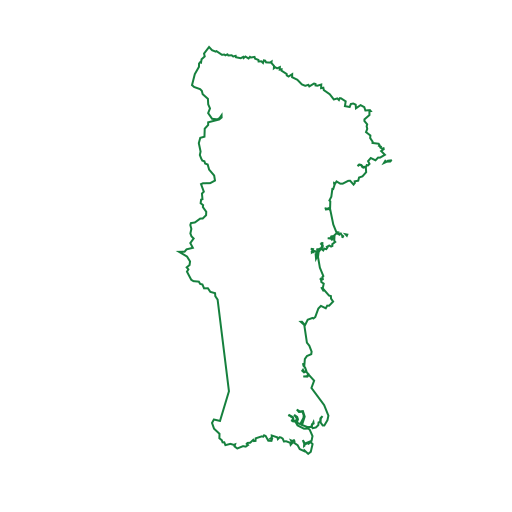 outline of Mariato, Veraguas, Panama, rotated 207°
{"feature_id": "35544464B44926155348372", "entity_name": "Mariato", "entity_type": "district", "adm_level": 2, "iso_a3": "PAN", "parent_name": "Panama", "parent_adm1": "Veraguas", "projection": "mercator", "projection_center": [-80.871, 7.491], "detail": "fine", "context": "isolated", "style": "outline", "palette": "green", "viewbox_px": 512, "rotation_deg": 207, "n_neighbors": 0, "source": "geoboundaries", "source_scale": "gbopen_adm2", "svg_char_len": 6139}
<svg xmlns="http://www.w3.org/2000/svg" viewBox="0 0 512 512"><g transform="rotate(207 256 256)"><path d="M197.4,73.6L193.5,77.0L190.1,77.6L189.1,78.7L188.7,76.6L185.3,76.0L181.2,80.7L178.6,81.5L177.3,83.9L179.0,84.4L178.7,85.6L176.4,87.0L175.0,90.9L173.9,90.1L172.5,91.0L173.5,93.4L169.0,97.9L167.5,98.3L167.4,99.9L165.7,100.0L161.2,97.0L158.3,98.3L158.7,100.4L160.2,99.9L159.5,101.4L160.5,103.2L154.6,104.1L153.4,102.8L152.6,105.3L151.3,105.6L149.3,105.4L146.9,103.4L145.1,104.6L140.7,105.1L139.4,103.5L138.8,105.8L141.1,107.6L137.8,107.8L139.3,109.6L137.6,108.4L137.0,106.8L133.0,106.3L129.4,103.8L124.4,104.0L124.6,104.8L119.7,103.4L118.3,106.4L120.2,114.1L123.0,115.0L124.2,111.8L124.3,113.3L127.1,110.3L126.7,108.9L126.9,108.5L127.4,109.7L126.8,110.9L128.2,111.0L130.7,113.2L127.3,111.1L122.6,116.5L123.9,121.2L129.3,125.6L131.0,126.0L134.9,123.9L142.1,123.9L145.7,126.3L148.2,125.4L150.1,125.7L148.7,126.1L148.6,127.1L150.2,128.9L151.5,128.6L153.0,129.1L153.9,128.8L154.9,129.4L150.0,129.2L148.5,127.5L148.0,125.9L145.6,127.2L145.7,129.8L149.9,131.8L146.3,131.3L144.5,129.6L144.0,126.1L140.3,126.3L140.2,133.3L141.1,135.6L143.9,138.4L146.9,136.5L149.9,137.7L146.4,137.4L143.8,139.1L139.7,135.0L138.3,126.3L132.4,127.0L129.2,128.7L129.7,131.7L128.9,132.9L129.4,133.7L129.4,133.8L129.4,134.0L128.6,132.9L129.5,131.5L128.8,129.3L127.3,128.3L124.8,130.4L123.7,133.6L124.7,136.1L123.6,137.4L124.9,140.6L124.1,143.5L124.5,140.5L122.9,137.0L119.6,135.3L118.2,136.0L117.8,142.1L119.0,146.6L127.6,154.1L146.7,163.6L147.6,171.3L155.0,174.1L155.4,171.9L159.2,170.1L156.1,171.9L155.7,174.6L159.0,175.7L160.4,174.1L162.4,174.7L162.8,173.9L162.5,175.9L160.7,174.5L159.3,176.1L158.2,175.7L161.6,178.9L163.8,179.7L165.5,181.8L163.0,179.8L165.7,186.4L165.2,190.0L162.2,193.6L163.0,196.0L167.8,200.3L171.3,201.9L181.7,216.5L186.2,217.7L185.2,218.3L181.8,217.0L180.9,215.8L181.0,222.7L177.6,226.4L176.5,226.4L175.5,228.5L176.6,237.5L175.5,241.0L170.1,241.1L170.0,244.1L168.3,244.9L166.6,250.4L169.8,252.1L171.1,254.3L173.0,253.9L181.4,257.3L179.8,256.1L180.3,255.7L182.9,257.3L182.1,258.3L183.1,262.1L186.0,262.5L187.7,265.0L188.3,263.9L187.9,265.2L186.5,264.8L185.9,265.6L187.3,267.5L186.9,268.7L193.8,274.6L200.3,283.3L202.0,287.9L201.5,291.7L203.1,288.9L202.0,285.6L203.3,284.8L202.2,284.0L202.3,282.9L201.3,281.9L201.3,280.9L203.6,284.6L202.7,287.3L206.3,286.5L206.8,285.2L207.9,284.6L208.3,285.0L208.3,287.7L210.5,287.3L208.3,288.0L207.6,284.9L206.4,286.9L203.6,287.5L203.2,289.8L203.8,289.5L204.4,289.5L204.8,290.5L203.8,289.6L201.4,292.9L201.8,295.6L203.5,296.3L203.0,297.6L201.8,297.8L203.0,297.2L201.0,295.3L200.7,291.9L198.6,291.5L198.6,293.6L196.5,294.0L196.2,296.0L197.0,296.4L195.5,298.6L193.4,298.5L192.5,299.6L193.4,301.2L191.8,304.5L193.2,305.1L195.1,309.3L197.0,307.3L195.5,306.1L195.8,305.0L197.2,305.5L200.2,304.4L197.8,305.5L197.8,307.7L195.9,309.0L194.1,314.2L195.3,313.8L201.4,319.1L211.3,331.5L211.6,330.9L212.6,331.4L212.7,330.7L214.8,329.2L216.3,330.7L215.0,329.5L212.9,331.6L211.5,331.8L214.6,338.4L215.8,338.8L215.8,343.0L218.4,350.4L217.6,350.7L218.4,355.7L219.2,355.8L219.6,356.6L218.3,356.7L218.1,359.0L213.8,358.7L211.6,359.8L208.0,364.8L206.3,365.8L201.5,363.9L201.1,365.9L202.0,367.3L199.1,369.5L199.8,372.7L197.3,375.3L195.9,380.7L198.6,385.2L200.5,383.4L202.2,383.7L203.1,384.7L205.3,384.2L206.2,382.2L205.9,384.0L205.4,384.5L203.5,384.9L201.1,383.9L198.4,385.6L198.6,387.3L197.3,387.6L196.7,389.6L199.2,391.4L198.2,395.4L193.0,395.5L191.9,399.1L190.1,400.0L187.1,404.7L192.1,406.3L190.7,409.2L191.3,409.9L192.3,408.9L194.4,409.1L194.4,410.1L196.4,410.0L196.3,410.9L197.7,411.7L203.5,409.6L204.0,410.8L207.8,412.9L208.8,415.3L214.2,416.3L214.6,419.8L216.3,421.8L216.7,423.8L220.7,425.5L221.4,427.0L218.9,433.1L220.7,436.5L219.6,437.2L220.7,437.7L224.6,435.3L227.1,437.8L231.3,437.9L234.0,433.0L235.9,436.1L238.6,436.0L240.5,434.5L240.2,431.3L244.8,429.9L246.3,434.5L252.0,435.1L253.0,434.6L252.9,432.6L255.1,433.3L257.7,430.8L263.7,433.6L270.9,434.6L272.4,436.5L274.2,435.1L275.7,438.4L278.6,435.6L280.4,435.0L281.1,436.3L282.6,436.0L285.5,431.3L287.0,432.3L289.4,430.0L293.0,429.7L299.2,431.8L305.0,431.7L306.3,434.4L308.5,430.7L310.6,430.9L311.3,432.1L317.4,432.7L318.0,434.0L319.5,432.8L320.5,435.1L322.4,432.8L325.7,433.0L325.0,432.0L325.3,431.4L326.2,433.5L329.9,435.0L330.4,436.3L331.3,434.7L334.9,433.1L336.5,434.2L337.8,433.9L337.4,431.2L339.6,431.9L342.0,430.5L342.9,431.8L346.4,431.4L347.7,432.7L350.7,430.5L351.8,430.7L352.3,428.6L356.0,428.9L356.9,426.8L357.8,427.6L359.4,425.3L364.1,424.0L365.0,425.1L366.9,423.4L368.8,423.8L371.7,422.1L373.0,422.7L374.4,420.9L375.7,421.1L377.7,419.8L384.2,420.6L384.7,419.8L388.6,419.4L392.7,420.9L394.2,412.8L392.3,410.5L393.8,406.6L392.8,403.4L393.7,403.4L394.1,401.6L392.7,398.6L393.1,390.3L390.6,379.2L387.9,378.5L381.5,379.3L379.2,378.5L377.0,376.0L370.2,374.2L367.4,369.4L364.0,366.6L363.5,361.6L357.4,358.3L352.5,360.2L351.1,362.3L350.6,365.8L349.5,363.8L350.8,360.9L359.3,353.4L358.1,351.0L359.5,346.2L356.1,338.9L359.3,336.0L358.2,330.6L352.8,323.9L351.9,320.5L349.0,317.9L347.1,316.6L345.0,317.0L343.3,315.3L340.6,315.6L337.0,311.7L329.8,308.7L326.8,304.6L329.9,300.1L336.3,296.7L337.6,295.1L331.7,289.6L332.5,287.1L329.5,282.3L330.5,281.3L329.3,277.9L326.2,277.3L325.6,275.5L320.4,272.8L319.0,269.7L320.5,265.2L322.7,264.0L325.7,258.1L328.9,255.8L328.6,253.8L325.9,250.8L324.7,246.3L322.4,244.2L319.5,243.3L320.4,237.7L316.0,234.6L320.9,230.4L321.6,227.4L326.4,224.8L317.2,224.2L312.3,221.2L311.1,217.8L312.6,214.4L310.2,213.4L310.4,210.7L302.9,205.4L300.3,205.2L295.3,207.2L293.1,205.8L290.8,206.3L287.6,203.6L284.2,205.4L280.4,203.3L275.6,204.3L274.0,201.7L270.4,199.7L218.7,123.2L213.2,92.7L219.3,91.2L219.4,87.3L215.0,83.1L207.8,81.0L205.9,77.0L202.8,76.3L201.2,74.8L199.7,75.6L197.4,73.6ZM181.8,400.7L182.5,399.3L179.3,401.1L179.1,402.0L180.0,401.9L178.4,403.0L181.8,400.7ZM193.1,312.9L191.2,312.9L190.9,314.4L191.6,314.2L193.1,312.9ZM184.0,399.4L184.2,397.0L182.7,398.9L184.0,399.4ZM186.1,316.0L184.3,315.3L184.4,316.5L186.1,316.0ZM188.7,313.5L187.6,312.1L187.3,312.2L187.3,313.2L188.7,313.5Z" fill="none" stroke="#15803d" stroke-width="2"/></g></svg>